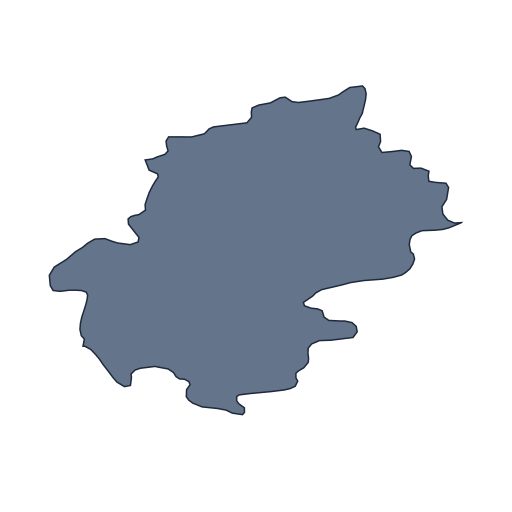 Karma, Gomel, Belarus (Equal Earth projection), rotated 353°
{"feature_id": "67162791B17316516711258", "entity_name": "Karma", "entity_type": "district", "adm_level": 2, "iso_a3": "BLR", "parent_name": "Belarus", "parent_adm1": "Gomel", "projection": "equal_earth", "projection_center": [30.843, 53.121], "detail": "fine", "context": "isolated", "style": "filled", "palette": "slate", "viewbox_px": 512, "rotation_deg": 353, "n_neighbors": 0, "source": "geoboundaries", "source_scale": "gbopen_adm2", "svg_char_len": 2671}
<svg xmlns="http://www.w3.org/2000/svg" viewBox="0 0 512 512"><g transform="rotate(353 256 256)"><path d="M463.8,247.9L457.0,247.5L450.7,243.8L446.6,237.1L446.5,229.8L452.1,223.0L455.5,211.5L453.4,206.9L443.0,204.8L436.7,202.9L436.7,197.5L438.0,192.9L430.5,188.9L422.9,188.2L419.8,184.2L422.4,176.2L420.7,170.9L413.6,168.9L402.9,168.9L393.6,168.6L390.9,162.6L393.6,157.6L394.0,150.3L386.9,146.0L378.9,142.3L370.9,142.7L370.5,140.3L373.1,136.4L375.8,131.7L378.9,127.4L379.9,124.5L381.6,120.1L383.8,114.1L385.1,108.5L384.6,103.2L382.4,100.2L374.9,100.2L369.6,100.2L362.5,103.5L357.6,106.2L347.8,108.5L329.2,108.8L316.8,108.8L310.6,107.2L304.4,101.9L299.1,101.9L288.9,105.8L277.3,106.5L270.2,108.5L268.9,112.5L268.5,117.8L263.2,122.7L250.7,122.7L237.0,122.7L229.4,122.7L225.0,124.1L219.7,128.4L206.4,130.0L196.6,128.7L183.8,127.1L180.7,131.0L180.7,135.7L181.5,141.0L178.0,144.0L169.6,145.7L165.6,147.0L157.7,147.2L157.8,147.5L160.4,157.8L165.0,160.5L168.3,162.5L168.6,165.6L164.7,170.1L161.7,174.0L157.8,179.9L155.2,185.0L152.2,191.4L151.9,197.0L144.7,200.7L140.5,200.9L136.5,201.7L133.6,203.6L133.3,208.8L138.5,217.4L142.1,223.3L140.7,227.7L132.6,229.4L120.2,226.2L114.6,223.7L108.1,220.3L97.9,219.6L90.4,222.8L84.8,226.4L77.6,229.6L67.5,236.3L54.4,242.4L48.5,250.0L48.2,260.3L50.4,265.5L57.3,267.2L66.5,267.2L73.0,268.0L78.6,269.0L83.1,271.2L84.1,274.4L83.1,278.3L81.5,282.7L79.5,287.2L77.2,292.1L75.6,295.5L73.6,301.2L72.3,307.4L72.9,313.8L75.5,317.5L73.3,324.5L75.1,324.7L80.6,328.6L84.9,334.4L88.0,339.2L90.9,344.9L96.0,353.5L99.5,359.6L102.6,364.2L109.5,369.6L115.6,369.2L117.6,361.3L117.6,357.9L122.2,354.4L127.7,353.3L142.4,353.3L145.5,354.4L155.0,357.4L159.9,361.6L161.9,365.9L165.1,368.7L170.0,369.6L174.0,372.4L174.9,375.7L170.8,380.2L169.7,387.2L171.7,390.9L175.4,394.4L184.1,399.2L199.0,402.6L207.5,405.3L213.4,409.1L223.3,411.8L225.5,409.8L226.0,405.3L221.0,400.6L219.2,397.5L219.7,393.1L222.4,391.8L233.6,391.8L254.3,392.4L267.8,392.4L273.6,391.8L279.0,390.1L282.2,385.3L280.8,381.9L281.3,377.2L284.4,375.1L289.8,372.8L294.8,368.0L295.7,364.3L295.7,358.8L296.6,353.8L300.6,350.0L308.7,347.7L319.9,348.7L330.7,348.7L342.4,348.7L347.2,343.5L346.9,338.1L343.2,333.8L336.3,331.4L331.7,330.8L320.4,328.8L316.1,324.9L315.0,318.4L310.7,316.0L304.3,314.5L298.0,311.3L297.4,307.8L302.9,305.0L307.5,302.6L310.7,300.0L317.0,297.4L327.3,296.3L337.4,295.2L346.6,293.9L360.1,293.5L379.1,294.4L389.7,293.9L398.3,292.6L402.7,290.5L407.2,287.4L410.7,283.1L413.0,278.4L412.4,273.2L410.1,270.8L409.5,263.4L410.9,258.3L413.2,254.8L417.8,252.6L423.9,251.1L436.8,252.2L444.6,252.4L450.6,251.6L463.5,248.1L463.8,247.9Z" fill="#64748b" stroke="#1e293b" stroke-width="1.5"/></g></svg>